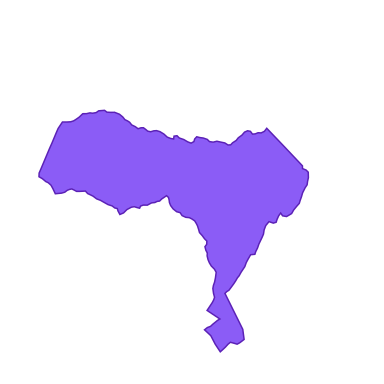 outline of Senador Sá, Ceará, Brazil, rotated 315°
{"feature_id": "56859067B49551412752455", "entity_name": "Senador Sá", "entity_type": "district", "adm_level": 2, "iso_a3": "BRA", "parent_name": "Brazil", "parent_adm1": "Ceará", "projection": "mercator", "projection_center": [-40.474, -3.28], "detail": "fine", "context": "isolated", "style": "filled", "palette": "violet", "viewbox_px": 384, "rotation_deg": 315, "n_neighbors": 0, "source": "geoboundaries", "source_scale": "gbopen_adm2", "svg_char_len": 2834}
<svg xmlns="http://www.w3.org/2000/svg" viewBox="0 0 384 384"><g transform="rotate(315 192 192)"><path d="M94.6,73.0L95.6,76.8L96.0,81.3L96.9,83.7L97.1,87.5L96.1,91.0L94.1,96.6L96.7,98.7L99.0,100.6L101.9,102.2L105.0,102.6L107.3,103.6L109.2,104.9L110.1,107.5L110.8,109.9L113.2,112.3L117.3,116.0L117.1,119.3L118.0,121.7L119.1,125.0L119.7,129.4L121.4,133.2L122.5,137.2L123.7,141.5L125.7,145.4L126.1,148.7L127.5,150.9L126.3,153.0L125.1,156.9L128.8,158.4L133.5,158.4L138.4,159.9L140.8,161.6L142.1,164.1L143.5,166.4L145.7,165.6L148.3,166.8L151.1,169.7L155.7,171.1L158.3,173.2L160.7,174.0L162.7,175.5L165.6,175.5L168.1,176.0L171.4,176.6L171.5,179.2L170.3,181.3L168.6,183.5L167.3,186.5L166.7,190.6L167.2,195.1L169.0,198.2L168.3,201.7L169.7,205.5L172.0,208.3L172.9,211.2L173.5,214.3L172.8,217.2L172.0,219.7L170.3,223.0L168.6,226.0L168.4,230.1L167.8,233.9L167.8,237.2L165.4,239.4L162.5,239.8L160.6,243.0L159.7,245.9L157.5,247.9L155.5,251.2L154.2,254.4L153.3,258.1L153.3,262.4L152.3,265.9L147.7,269.4L144.2,271.7L141.1,273.2L138.5,275.0L135.6,278.8L133.5,282.4L131.1,283.6L128.3,284.5L118.9,286.4L121.9,301.5L119.1,300.8L115.9,300.5L113.3,300.2L110.1,300.1L107.0,298.7L103.4,298.3L103.7,306.9L100.8,316.1L99.0,325.0L102.5,325.2L106.0,325.3L109.7,325.1L112.9,325.4L114.9,328.9L116.3,331.5L118.9,332.3L121.5,332.7L124.6,333.1L130.8,325.0L143.6,287.0L146.2,287.0L148.6,287.6L152.8,287.0L156.7,286.4L160.1,285.7L163.4,284.8L165.9,284.6L170.1,283.4L176.6,282.1L180.4,280.3L184.3,279.1L189.1,277.8L192.4,280.5L194.7,279.3L198.8,277.9L202.5,276.1L205.6,275.0L209.6,273.6L212.8,272.3L216.2,269.8L220.4,267.9L225.5,267.4L227.5,271.5L230.1,272.9L232.8,271.5L236.5,270.1L239.8,269.6L239.2,272.9L241.5,276.2L244.4,277.0L247.2,277.7L251.2,276.6L256.4,276.1L259.8,275.9L262.4,274.5L266.0,272.8L269.6,270.8L275.0,269.0L278.5,268.3L281.1,266.3L284.4,264.2L288.2,260.2L288.2,257.1L286.7,253.6L288.6,251.6L289.4,222.6L289.9,199.8L286.1,200.3L282.7,199.1L280.6,196.8L277.8,195.6L275.7,193.8L276.2,190.4L274.6,188.0L271.5,186.8L267.5,187.1L263.1,186.4L259.7,186.8L255.5,185.9L252.7,186.0L250.7,184.2L249.9,180.5L247.4,176.7L245.5,173.7L242.2,171.7L240.0,168.7L240.0,165.6L238.2,161.9L236.0,159.0L234.4,156.3L231.4,156.4L229.0,157.7L225.9,156.8L224.4,153.4L223.3,149.1L221.2,144.8L221.2,141.6L218.8,139.8L216.5,141.5L214.8,139.1L213.3,135.7L213.1,131.1L212.0,126.6L210.3,123.5L208.2,121.7L205.4,120.2L203.7,117.6L203.5,114.9L203.1,112.2L201.3,110.5L198.6,109.1L198.1,105.7L196.8,101.9L197.2,98.6L196.7,96.2L195.7,93.4L196.1,90.1L195.7,85.7L193.6,80.9L190.9,78.3L188.3,75.4L187.9,72.4L185.9,70.7L183.4,68.6L180.4,68.1L177.4,66.0L175.8,63.9L172.8,62.0L170.1,59.4L165.2,59.3L161.7,58.7L158.6,58.0L155.9,56.6L153.3,54.3L149.9,50.9L142.3,52.4L138.7,53.8L127.5,58.4L122.0,60.5L101.4,68.9L97.3,70.5L94.6,73.0Z" fill="#8b5cf6" stroke="#5b21b6" stroke-width="1.5"/></g></svg>